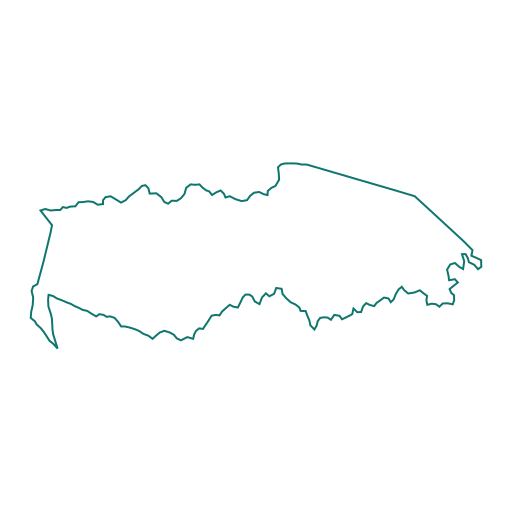 Monte Alegre de Sergipe, Sergipe, Brazil (Natural Earth projection)
{"feature_id": "56859067B92714311058260", "entity_name": "Monte Alegre de Sergipe", "entity_type": "district", "adm_level": 2, "iso_a3": "BRA", "parent_name": "Brazil", "parent_adm1": "Sergipe", "projection": "natural_earth1", "projection_center": [-37.621, -10.067], "detail": "fine", "context": "isolated", "style": "outline", "palette": "teal", "viewbox_px": 512, "rotation_deg": 0, "n_neighbors": 0, "source": "geoboundaries", "source_scale": "gbopen_adm2", "svg_char_len": 3002}
<svg xmlns="http://www.w3.org/2000/svg" viewBox="0 0 512 512"><path d="M472.5,250.2L464.1,241.7L437.8,217.4L414.7,196.2L393.6,189.9L353.1,178.1L329.2,171.1L306.6,164.5L301.5,164.5L297.5,163.6L293.5,163.4L288.1,163.4L284.6,163.5L280.9,164.5L278.0,167.3L278.8,173.8L279.1,179.7L275.5,185.9L271.2,188.0L267.8,191.0L267.5,195.1L263.5,194.1L259.2,192.0L254.1,192.7L250.2,195.8L247.0,200.2L241.7,201.1L235.5,199.2L229.7,196.2L225.5,197.5L223.9,193.7L220.6,190.5L216.6,192.2L212.0,195.0L209.2,191.4L206.1,190.3L202.4,187.5L199.5,184.4L195.2,184.8L190.6,184.4L186.2,187.8L184.5,193.9L181.1,198.1L176.8,200.9L171.7,200.7L168.1,203.7L164.3,202.0L161.3,197.1L156.3,193.3L149.7,193.6L148.4,188.2L145.4,185.2L141.9,185.9L138.9,189.0L133.8,192.9L128.8,196.6L125.7,200.2L121.0,202.6L116.5,199.8L110.7,196.3L105.6,197.1L103.0,200.2L103.0,204.1L97.7,204.7L93.2,202.0L88.1,201.3L82.7,202.1L78.5,202.2L75.4,206.3L70.2,206.6L66.6,207.9L62.8,207.1L60.3,210.0L56.1,210.0L50.7,210.5L45.2,209.0L40.5,210.5L52.0,225.2L50.6,232.4L43.6,261.2L37.4,284.1L33.1,286.5L31.6,291.0L33.2,297.6L32.7,305.2L31.2,311.8L30.7,317.9L34.8,321.2L36.7,324.5L40.8,328.2L43.8,331.9L46.9,336.7L49.6,340.9L53.2,343.7L57.6,348.6L54.9,339.9L53.2,334.3L52.5,329.7L52.3,325.4L51.9,318.5L50.7,313.5L48.4,306.5L48.1,299.6L48.6,294.8L53.2,296.1L56.8,298.4L61.9,300.3L66.7,302.4L70.9,303.9L74.8,306.2L78.5,307.7L82.7,309.9L87.2,310.9L91.8,313.9L96.2,316.4L99.4,314.2L103.6,314.9L106.5,316.8L110.2,316.4L114.6,317.9L118.1,321.9L121.2,326.5L124.6,326.4L129.9,327.6L135.2,329.3L139.1,331.0L143.5,333.9L148.4,335.7L152.6,338.8L156.3,335.4L159.8,332.5L164.3,330.8L169.7,332.5L173.9,334.8L176.8,338.4L181.0,340.3L187.3,337.1L193.2,338.8L194.1,334.6L195.9,331.0L199.1,328.4L203.0,328.9L205.1,325.7L207.8,321.7L211.7,315.6L216.1,314.9L219.5,315.4L222.1,311.5L225.9,308.1L229.7,304.8L233.5,306.7L237.9,307.5L241.2,300.8L242.8,297.3L245.5,294.6L249.3,294.6L252.2,296.5L254.8,301.5L259.5,304.1L261.9,297.6L265.9,293.3L269.3,296.3L274.1,293.8L276.2,288.0L281.6,288.8L282.6,294.0L286.2,298.2L290.6,302.2L295.5,304.5L299.3,307.5L300.6,310.9L305.7,311.1L307.5,316.1L309.3,320.3L310.4,325.3L314.4,329.5L316.6,325.7L317.7,321.2L320.2,317.9L324.0,317.3L327.7,317.6L330.9,319.8L334.3,314.9L339.5,315.8L342.0,319.3L345.3,317.7L348.6,316.1L352.2,314.2L353.5,308.5L357.3,312.2L361.1,312.0L363.1,306.4L366.2,303.1L369.9,305.0L374.2,306.1L376.6,302.9L379.9,300.6L384.0,297.6L388.4,298.4L390.8,302.2L393.7,299.3L395.8,294.0L398.7,289.3L401.8,286.8L404.2,290.2L408.2,293.5L414.4,292.5L419.8,290.3L423.8,293.5L427.1,295.9L426.4,300.3L427.3,304.8L431.8,303.7L435.9,304.2L439.4,306.7L442.7,303.5L447.6,303.3L452.7,304.3L454.2,300.3L454.0,295.2L451.2,292.9L449.6,289.1L453.4,286.0L457.8,282.5L454.9,279.2L449.1,280.2L448.6,276.4L447.1,269.6L450.2,264.5L454.9,263.0L459.6,267.1L463.1,269.0L464.2,261.2L462.0,254.2L465.6,254.1L467.8,258.0L468.9,262.2L474.3,264.8L478.0,269.2L481.3,266.8L481.1,260.1L476.2,257.8L471.4,255.7L472.5,250.2Z" fill="none" stroke="#0f766e" stroke-width="2"/></svg>